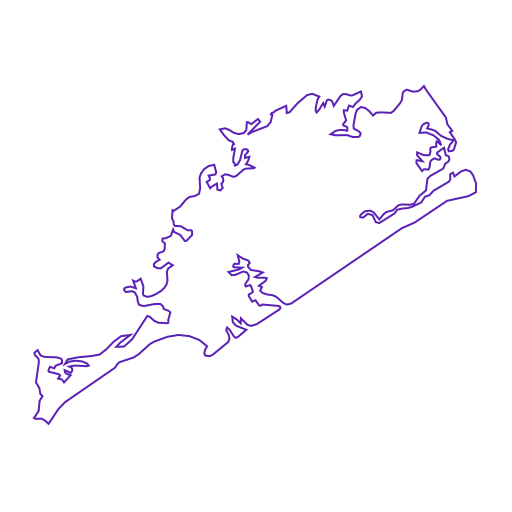 the Regional Council of Northland, rotated 273°
{"feature_id": "NZL-3404", "entity_name": "Northland", "entity_type": "Regional Council", "adm_level": 1, "iso_a3": "NZL", "parent_name": "New Zealand", "parent_adm1": "", "projection": "robinson", "projection_center": [173.848, -35.399], "detail": "fine", "context": "isolated", "style": "outline", "palette": "violet", "viewbox_px": 512, "rotation_deg": 273, "n_neighbors": 0, "source": "natural_earth", "source_scale": "10m", "svg_char_len": 6105}
<svg xmlns="http://www.w3.org/2000/svg" viewBox="0 0 512 512"><g transform="rotate(273 256 256)"><path d="M431.3,416.8L404.2,438.4L397.4,440.3L391.2,445.5L389.8,443.0L383.3,448.1L380.1,449.9L373.0,448.1L371.5,447.0L370.6,443.1L372.4,442.2L377.6,443.9L380.6,446.6L382.0,446.9L382.9,441.4L385.7,434.4L389.9,429.1L391.0,426.8L392.4,420.2L395.4,421.6L397.6,421.2L398.1,419.3L396.0,415.9L394.3,414.7L387.5,412.8L388.3,419.4L385.9,426.7L381.6,432.7L376.4,435.2L380.1,430.7L378.1,430.0L374.6,430.3L373.5,425.0L372.4,424.4L369.2,424.7L366.1,424.1L365.6,423.3L365.6,417.9L367.9,411.5L365.0,411.6L359.3,417.3L360.1,411.4L357.4,411.2L349.5,417.3L351.4,419.1L351.4,423.8L353.8,424.7L359.3,425.1L361.1,426.4L362.9,429.1L361.8,432.2L361.8,434.3L363.5,435.2L364.8,434.7L367.2,431.5L368.8,431.5L374.0,438.1L366.5,440.3L366.1,442.3L365.0,443.5L363.5,443.9L361.7,443.9L360.3,443.1L358.0,440.1L353.1,438.4L345.2,426.0L342.2,423.2L330.3,422.3L324.8,416.2L316.5,411.1L315.2,407.2L315.1,398.8L314.0,395.5L308.8,390.3L306.7,383.8L304.5,381.3L299.0,377.3L305.6,371.3L307.3,368.0L306.4,362.6L303.5,359.2L301.6,357.9L300.3,358.0L299.9,360.9L304.0,365.5L302.9,370.2L296.1,373.8L295.3,377.3L305.8,392.2L309.5,394.4L311.0,399.4L311.8,405.1L313.2,409.1L318.1,418.1L324.1,421.7L325.7,425.9L330.5,429.9L340.3,444.7L342.6,446.0L347.9,445.7L349.5,448.4L345.8,450.1L351.2,456.3L353.1,461.0L351.7,465.6L348.1,468.5L339.8,472.0L331.1,472.2L326.8,464.7L321.1,443.9L297.8,412.8L291.4,400.2L210.3,293.5L209.1,289.4L210.4,286.0L216.4,278.2L217.7,274.6L218.1,269.7L219.3,264.7L221.6,261.9L225.2,263.6L226.4,260.5L231.8,267.0L234.4,267.9L234.8,266.3L234.4,258.8L235.0,256.1L239.9,263.6L240.9,259.9L241.8,251.6L244.9,248.6L246.6,248.5L248.8,250.1L251.0,248.6L252.9,242.6L255.9,237.7L249.3,239.7L247.2,239.1L247.1,234.9L246.2,234.1L244.2,233.8L243.6,235.0L243.6,242.8L241.6,239.6L238.6,229.4L235.5,232.7L236.2,236.6L239.9,244.2L238.9,248.0L236.0,249.9L232.4,249.8L227.8,246.9L226.0,246.7L225.0,247.5L226.7,251.7L225.6,252.7L220.4,254.8L219.2,254.1L217.1,250.8L215.7,250.8L210.2,254.6L211.8,257.7L206.6,262.0L207.0,264.3L207.9,264.9L207.3,280.9L206.7,282.7L205.0,283.1L203.5,281.7L188.1,260.5L185.9,254.7L186.8,251.1L193.0,244.2L188.0,244.2L191.6,240.1L194.2,235.4L188.7,236.3L185.4,239.7L181.8,250.2L174.2,242.2L173.2,239.9L174.6,238.1L181.0,233.5L183.1,230.9L180.4,230.1L175.3,233.1L171.9,233.8L168.8,232.9L154.9,217.7L153.5,214.8L153.9,210.6L156.5,209.4L160.0,210.2L163.3,211.9L169.1,203.9L172.5,193.7L173.1,182.7L170.7,171.8L164.9,158.3L162.5,154.7L151.6,143.8L148.3,139.1L142.7,125.0L140.3,122.8L137.1,121.1L100.1,73.0L92.8,66.7L77.5,57.6L80.5,54.2L82.4,50.2L81.8,45.0L82.6,42.8L89.7,47.0L100.2,47.5L104.8,50.2L107.1,47.8L112.7,46.6L118.2,42.9L138.7,44.7L141.9,44.2L145.7,40.3L147.8,39.8L150.6,42.8L145.4,46.1L144.1,50.4L144.4,62.0L143.3,66.7L141.7,67.7L138.8,67.9L135.9,61.6L133.3,60.5L134.5,56.0L130.9,54.7L129.6,55.1L127.6,65.3L126.3,66.7L123.3,64.8L122.5,68.7L119.7,70.9L127.2,77.1L128.6,72.6L129.9,71.3L132.0,70.9L129.6,77.1L131.5,78.4L133.3,78.5L134.9,77.5L135.8,75.3L137.1,80.7L137.1,93.2L137.8,94.7L139.6,93.2L141.6,88.1L142.0,81.8L140.9,75.5L138.2,70.9L142.9,73.3L145.6,83.9L147.4,96.5L149.4,105.0L155.3,111.7L162.8,118.2L168.9,125.5L170.6,134.6L161.8,124.3L158.0,121.3L158.7,129.0L166.3,136.6L190.4,150.6L189.8,153.1L186.0,157.7L184.3,161.7L184.2,170.7L184.7,171.9L187.9,171.8L195.3,173.4L196.7,171.5L198.2,166.7L200.8,165.8L203.1,163.1L202.7,157.0L200.1,146.5L201.1,141.8L204.5,140.3L209.0,139.5L213.2,136.9L214.4,134.1L213.2,128.0L215.1,126.1L216.7,126.1L217.8,127.6L218.9,132.2L217.5,137.7L225.0,134.6L224.1,136.8L224.6,138.6L227.3,142.0L220.0,145.1L212.4,145.1L210.7,145.8L209.5,149.3L210.4,153.4L212.2,157.2L216.3,163.3L219.4,166.1L222.9,168.1L226.8,168.9L235.6,167.8L239.0,169.0L242.4,173.4L244.8,168.9L238.8,161.8L238.6,158.4L240.3,154.6L242.7,154.5L245.2,156.7L247.2,160.0L249.3,157.8L251.8,157.5L253.8,158.6L255.8,163.4L258.3,164.4L263.8,164.4L265.6,161.9L266.9,161.5L268.7,162.0L268.9,164.6L271.6,169.9L278.1,171.8L275.7,173.0L273.1,179.2L267.3,184.1L267.6,185.9L273.7,191.1L277.5,190.8L278.3,190.0L278.1,186.5L281.8,179.2L281.8,173.4L283.1,172.3L286.1,171.8L289.3,170.1L297.3,170.3L296.8,171.5L301.4,177.7L308.7,183.1L311.5,186.6L312.7,191.8L315.1,195.8L320.8,196.7L331.2,195.5L335.5,196.7L340.0,199.6L343.4,204.1L344.9,209.5L337.4,211.9L335.3,211.1L333.8,204.5L331.4,205.9L329.5,205.9L327.4,202.9L321.2,206.7L322.9,208.1L326.3,213.2L320.2,214.0L319.6,217.0L322.4,219.2L326.3,217.6L328.0,219.0L330.0,219.4L332.0,219.0L333.8,217.6L336.0,221.0L335.6,224.0L333.8,229.4L334.9,232.1L341.7,239.1L342.6,240.9L343.6,249.4L344.1,250.0L346.6,244.2L347.1,241.2L350.7,243.2L354.7,244.2L353.4,239.9L356.0,239.7L360.1,242.8L361.8,241.9L362.2,239.8L361.6,237.7L360.1,236.8L351.0,235.1L346.5,232.8L344.8,229.4L346.1,230.9L348.6,228.4L352.9,228.2L362.1,229.4L360.7,226.5L362.6,226.3L366.8,227.3L366.8,228.0L368.8,226.8L370.0,222.9L375.0,217.7L380.5,213.2L381.9,218.5L380.4,222.9L377.9,227.3L376.8,232.4L378.2,237.5L381.2,239.7L389.2,239.9L389.2,241.2L387.4,244.3L392.9,250.8L390.3,253.1L376.8,241.2L379.8,246.0L386.3,260.5L390.4,263.6L397.7,264.9L398.2,263.5L399.7,264.3L400.3,266.1L402.3,268.1L407.5,278.3L400.4,279.3L401.2,281.9L410.6,289.4L419.3,298.5L420.9,303.6L418.5,310.9L415.8,309.3L407.7,308.0L404.4,307.9L402.5,309.0L405.5,311.5L412.3,315.1L408.8,316.8L415.3,318.7L416.0,320.5L415.4,322.7L413.8,324.3L409.9,325.8L420.4,332.1L422.2,334.4L422.4,337.1L421.2,342.3L421.6,344.2L425.8,352.2L420.9,353.5L417.2,351.3L413.8,347.7L409.8,345.0L411.1,341.0L405.9,339.5L406.1,336.0L403.4,336.3L396.2,338.9L392.0,336.0L390.8,336.7L389.8,339.8L389.0,340.5L386.1,340.6L385.7,340.2L386.3,338.4L386.4,334.4L385.9,331.4L385.0,328.8L381.5,324.1L380.7,328.9L381.5,340.6L379.9,346.4L380.2,351.9L381.5,353.6L384.2,354.0L385.8,352.2L388.3,347.0L391.6,346.5L403.5,348.0L407.3,349.3L410.3,353.1L409.5,357.3L406.5,361.6L402.4,365.5L405.4,368.6L406.0,373.9L406.0,383.3L408.2,386.0L416.2,391.9L419.6,393.6L426.3,394.0L428.3,395.1L430.0,397.9L428.3,404.1L429.1,409.2L431.0,411.8L434.5,414.8L431.3,416.8Z" fill="none" stroke="#5b21b6" stroke-width="2"/></g></svg>